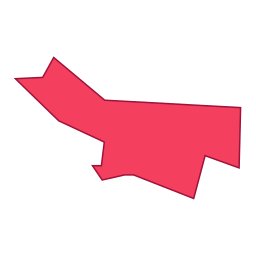 the district of Terekeka, Central Equatoria, South Sudan
{"feature_id": "79223893B10688999436649", "entity_name": "Terekeka", "entity_type": "district", "adm_level": 2, "iso_a3": "SSD", "parent_name": "South Sudan", "parent_adm1": "Central Equatoria", "projection": "mercator", "projection_center": [31.189, 5.687], "detail": "fine", "context": "isolated", "style": "filled", "palette": "rose", "viewbox_px": 256, "rotation_deg": 0, "n_neighbors": 0, "source": "geoboundaries", "source_scale": "gbopen_adm2", "svg_char_len": 339}
<svg xmlns="http://www.w3.org/2000/svg" viewBox="0 0 256 256"><path d="M239.1,167.9L240.6,107.6L188.7,104.8L104.7,100.2L53.7,57.5L42.7,77.4L15.4,78.7L51.5,113.8L58.9,120.9L104.3,142.1L101.4,165.7L92.5,165.7L102.2,180.0L124.6,174.9L133.5,174.9L193.7,198.5L205.1,155.7L239.1,167.9Z" fill="#f43f5e" stroke="#9f1239" stroke-width="1.5"/></svg>